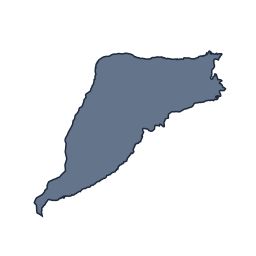 the district of Tsa-le-Moleka, Butha-Buthe, Lesotho, rotated 82°
{"feature_id": "5366337B25108724147301", "entity_name": "Tsa-le-Moleka", "entity_type": "district", "adm_level": 2, "iso_a3": "LSO", "parent_name": "Lesotho", "parent_adm1": "Butha-Buthe", "projection": "mercator", "projection_center": [28.369, -28.789], "detail": "fine", "context": "isolated", "style": "filled", "palette": "slate", "viewbox_px": 256, "rotation_deg": 82, "n_neighbors": 0, "source": "geoboundaries", "source_scale": "gbopen_adm2", "svg_char_len": 5740}
<svg xmlns="http://www.w3.org/2000/svg" viewBox="0 0 256 256"><g transform="rotate(82 128 128)"><path d="M203.2,225.2L199.4,225.4L198.6,225.3L197.6,224.7L195.3,224.6L194.1,223.0L193.2,222.6L193.0,221.7L192.5,221.2L191.7,220.4L191.1,220.1L187.9,217.1L187.7,216.2L188.1,215.7L188.5,214.3L189.0,213.4L189.4,211.4L189.3,210.5L189.7,209.7L189.7,208.9L189.4,207.0L189.1,206.6L188.6,206.4L188.4,206.1L188.5,205.1L187.7,204.4L188.1,203.6L187.7,203.4L187.8,202.9L186.9,202.3L186.8,201.8L186.8,201.2L188.3,201.5L188.5,201.3L188.2,200.7L186.9,200.4L187.0,200.1L186.5,199.6L187.0,199.1L186.9,198.1L186.9,197.4L187.4,196.3L187.2,193.7L186.3,192.9L186.3,192.5L186.8,192.1L186.8,191.0L185.7,189.1L185.6,188.1L184.9,187.4L184.7,186.4L184.0,185.5L184.0,185.2L184.4,184.2L182.8,182.5L182.2,181.5L181.9,180.5L182.0,179.2L181.7,177.8L181.1,176.7L181.2,174.2L180.9,173.6L179.8,172.9L179.9,172.0L179.5,171.1L179.7,170.2L178.8,169.1L178.6,168.1L177.8,167.5L177.5,166.6L176.8,165.8L176.9,163.8L176.1,163.0L176.1,162.4L175.5,161.9L175.3,160.9L174.6,159.5L174.6,158.2L174.0,156.9L173.1,156.1L172.2,155.7L172.0,155.2L172.0,153.7L171.5,152.8L171.6,151.9L170.6,151.0L170.1,150.1L169.6,147.9L169.5,146.8L168.5,146.1L168.4,145.6L168.1,145.3L167.2,144.8L167.5,144.0L167.3,143.8L164.6,142.8L164.3,141.9L163.9,141.7L163.5,141.2L163.5,140.3L162.6,138.9L162.7,138.3L162.3,137.4L160.9,136.8L161.0,135.5L160.4,133.8L159.8,133.9L159.2,133.3L158.2,133.0L156.9,131.8L156.5,131.1L155.2,130.3L154.9,129.3L154.3,128.9L153.4,128.6L153.3,128.3L153.8,127.0L153.3,126.7L153.2,126.3L152.8,125.9L152.0,125.5L150.8,125.9L149.5,125.6L147.3,124.1L146.5,123.9L146.6,123.7L145.3,123.1L145.2,122.5L144.5,122.0L144.4,121.2L144.6,120.6L144.6,120.1L144.4,119.6L143.6,119.3L143.2,117.3L142.6,117.3L140.8,116.1L140.1,115.9L139.8,115.4L138.5,114.9L138.2,115.5L137.9,115.6L137.6,115.2L137.7,114.9L136.7,114.8L135.0,113.5L134.4,113.4L134.1,113.1L132.6,113.8L130.8,113.4L130.5,112.4L131.3,110.8L131.6,109.2L132.1,108.4L133.4,107.6L134.4,105.8L134.4,104.5L134.0,103.7L132.8,102.0L132.0,101.7L130.7,101.5L129.1,100.7L129.7,98.9L129.7,97.7L130.3,96.6L129.3,96.2L128.7,95.8L129.5,94.6L130.5,93.9L130.9,93.3L131.6,92.9L131.6,91.9L130.7,91.7L128.9,91.8L127.6,91.6L126.6,91.1L125.8,90.4L124.9,90.1L124.1,89.3L123.7,86.7L122.9,86.4L122.1,86.5L120.4,86.1L119.6,85.4L118.0,82.4L118.4,80.0L118.4,78.3L119.2,74.6L117.1,69.4L117.1,67.1L116.7,66.1L116.1,62.5L115.5,61.0L113.2,59.2L112.8,58.5L112.6,57.4L112.8,55.0L112.4,53.9L112.8,53.1L112.8,49.0L112.2,48.1L112.0,47.4L111.8,44.2L112.2,42.9L112.0,41.7L112.2,40.5L112.8,39.5L111.6,38.0L112.2,37.0L112.0,35.8L111.6,35.1L111.1,34.9L110.3,35.7L109.9,36.7L109.2,36.8L108.9,36.5L108.5,34.8L108.7,34.3L109.4,34.8L109.7,34.7L110.0,34.3L109.4,33.4L109.4,32.0L108.9,31.7L107.7,31.6L105.2,32.4L104.3,32.3L103.6,31.0L104.2,29.3L104.1,28.7L104.3,27.7L103.0,26.1L102.6,26.0L101.3,27.4L101.0,28.2L98.7,28.8L97.4,29.6L96.9,30.3L96.9,30.8L96.5,31.3L96.1,31.3L95.7,30.9L94.8,29.6L94.6,28.8L94.3,28.5L93.5,29.1L93.0,29.9L92.8,30.7L92.7,32.1L92.3,32.4L91.9,32.3L90.1,32.7L87.9,33.0L87.1,33.3L86.6,34.0L86.6,34.4L86.8,34.8L87.8,34.6L88.5,34.8L88.9,36.2L89.2,36.7L90.6,37.1L91.1,37.4L91.2,38.1L91.0,38.9L90.4,39.2L89.5,39.1L87.3,37.8L85.8,37.4L82.4,37.0L81.5,36.2L81.3,35.6L80.9,35.1L79.2,33.8L77.4,33.7L76.0,34.1L75.0,33.7L74.0,33.9L73.2,33.7L72.5,33.1L71.8,32.0L72.2,30.8L73.2,29.1L73.0,28.8L71.7,28.5L70.7,27.2L69.7,26.5L68.1,24.8L67.4,25.1L67.3,25.5L67.4,26.4L67.1,27.6L67.5,29.3L66.5,29.6L66.3,30.1L67.0,31.5L66.9,32.5L66.3,33.2L65.9,33.8L66.3,35.2L65.9,36.0L65.5,36.2L65.1,36.1L65.1,35.4L64.7,35.1L64.1,35.5L63.1,36.7L63.3,37.1L64.8,38.3L65.0,38.7L64.8,39.5L64.6,39.7L65.0,40.0L66.2,39.6L66.4,40.0L66.4,40.9L67.1,42.5L66.8,43.1L67.1,43.7L67.0,44.2L67.3,44.5L66.8,45.8L66.9,46.4L67.2,47.2L67.1,48.0L68.0,49.1L68.2,50.7L68.8,52.3L68.4,53.8L68.6,54.4L68.3,55.5L67.3,57.5L66.9,58.8L66.8,60.8L66.3,62.6L66.5,63.1L67.3,63.5L67.7,64.0L67.1,65.2L67.3,66.0L66.9,66.8L66.9,67.4L67.2,68.6L67.1,69.3L66.4,69.8L66.9,70.4L66.3,71.3L66.4,72.7L66.0,74.3L66.2,74.8L66.1,75.2L65.6,75.9L65.2,76.8L65.2,77.5L64.5,79.2L64.9,80.0L64.4,81.3L63.5,81.9L63.5,82.8L63.1,83.3L63.2,84.1L62.7,84.7L62.3,84.7L62.3,86.7L61.7,88.6L61.8,89.3L61.7,89.7L61.9,90.1L61.7,90.8L62.0,91.9L61.8,93.0L61.6,93.4L61.8,94.9L62.3,95.3L62.3,95.7L62.6,95.9L62.8,96.2L62.4,98.4L62.5,100.1L61.7,101.7L61.6,102.4L61.0,103.8L60.9,104.5L61.1,105.7L60.1,107.0L59.9,107.6L59.9,108.3L59.6,108.5L59.4,109.4L59.0,110.2L58.6,110.4L58.3,111.7L57.1,112.4L56.1,113.6L55.2,115.1L54.7,116.4L53.7,119.3L53.6,120.5L53.9,122.8L53.6,124.6L53.2,125.7L52.9,127.0L53.2,129.6L52.8,131.5L53.1,133.7L53.7,135.3L54.3,136.4L54.3,137.6L54.1,138.9L54.1,141.2L54.5,143.2L56.2,146.8L57.2,148.1L57.7,148.3L58.3,149.1L58.5,148.9L59.0,149.2L59.1,149.6L59.6,149.7L60.1,150.5L60.8,150.8L63.4,151.6L63.7,151.3L64.0,151.4L64.2,152.0L65.8,152.2L66.8,152.6L69.7,152.5L70.5,152.3L71.4,153.1L72.5,153.5L73.8,153.6L75.2,154.1L75.3,154.8L77.6,155.3L79.7,156.2L80.9,157.1L81.3,157.7L82.8,158.1L83.6,159.0L86.1,160.0L88.5,164.7L89.4,165.4L91.2,165.3L92.2,165.7L93.3,167.0L94.5,167.9L95.7,168.1L98.9,169.7L100.1,170.5L100.7,171.4L101.3,173.2L102.5,173.9L104.2,174.5L105.0,175.1L106.1,176.0L108.1,178.5L111.2,179.5L112.4,180.3L112.8,181.1L114.0,181.6L116.6,182.3L119.7,184.4L123.7,187.5L127.0,189.4L129.1,191.2L130.7,191.8L132.1,192.1L133.6,191.8L134.8,191.4L143.0,193.5L150.0,192.9L155.6,195.5L161.8,195.9L164.9,200.3L167.1,202.5L167.4,204.8L168.0,205.7L168.8,209.5L170.2,213.9L171.1,214.6L172.9,215.7L173.9,216.1L175.8,216.3L176.8,216.6L177.6,218.3L178.3,219.0L179.7,219.6L182.0,222.1L184.4,228.2L185.2,229.0L188.8,231.2L190.0,230.7L190.6,230.0L191.8,229.4L197.0,229.9L199.3,229.9L199.8,229.4L200.9,227.7L203.2,225.2Z" fill="#64748b" stroke="#1e293b" stroke-width="1.5"/></g></svg>